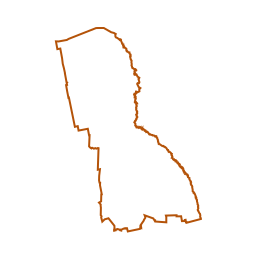 the district of La Capital, San Luis, Argentina, rotated 169°
{"feature_id": "61730980B37295099370503", "entity_name": "La Capital", "entity_type": "district", "adm_level": 2, "iso_a3": "ARG", "parent_name": "Argentina", "parent_adm1": "San Luis", "projection": "equal_earth", "projection_center": [-66.75, -33.952], "detail": "fine", "context": "isolated", "style": "outline", "palette": "amber", "viewbox_px": 256, "rotation_deg": 169, "n_neighbors": 0, "source": "geoboundaries", "source_scale": "gbopen_adm2", "svg_char_len": 5737}
<svg xmlns="http://www.w3.org/2000/svg" viewBox="0 0 256 256"><g transform="rotate(169 128 128)"><path d="M108.7,169.9L108.2,170.5L108.1,170.8L108.1,171.6L108.3,172.2L108.2,173.3L108.4,174.1L108.2,174.4L107.8,174.4L107.3,175.1L107.9,175.7L108.4,176.3L108.8,176.5L109.5,179.1L109.8,179.3L111.0,178.8L111.5,179.1L111.6,179.6L111.5,180.5L111.0,180.8L110.6,180.8L110.9,182.3L110.5,183.1L110.1,183.2L109.6,182.9L108.9,182.9L108.8,183.1L109.5,184.4L110.8,184.7L111.5,185.7L112.2,185.9L112.4,187.1L112.3,187.8L112.6,188.4L112.6,189.0L112.3,189.4L112.1,190.2L112.1,192.0L111.6,193.3L111.7,193.7L112.0,194.1L112.0,194.6L112.3,195.2L112.2,196.4L112.4,197.5L112.3,197.8L111.6,198.1L111.6,198.5L111.9,199.1L111.5,199.7L112.2,200.6L112.3,201.2L112.2,201.6L112.4,201.6L112.6,202.1L113.0,202.1L113.6,202.8L114.1,203.0L114.1,203.6L114.6,203.7L114.8,204.0L114.8,205.1L114.4,205.7L115.0,206.8L115.5,207.2L117.1,207.9L117.0,208.3L116.2,209.0L116.4,209.3L117.1,209.8L116.8,210.5L117.0,210.5L117.2,211.0L117.2,211.9L117.7,212.0L117.8,213.4L118.1,214.3L118.2,215.2L118.0,215.9L118.2,216.3L118.5,216.5L119.3,216.2L119.3,216.8L120.0,217.0L121.4,218.5L122.5,219.2L122.9,220.1L122.8,221.0L122.7,221.4L122.7,221.9L122.1,222.6L123.7,224.0L126.2,225.2L132.7,230.8L140.2,232.2L169.3,226.8L171.2,226.1L179.6,226.2L182.2,226.8L182.3,218.9L179.3,218.9L179.4,209.0L179.8,203.5L179.5,198.8L179.4,194.0L179.5,193.9L179.6,184.7L179.1,184.3L179.6,183.8L179.6,181.9L180.6,181.9L180.7,175.4L180.7,169.0L180.2,169.1L179.9,139.3L177.0,139.4L177.0,134.9L167.6,134.9L167.6,128.2L167.1,128.2L169.7,117.4L169.1,116.3L167.9,115.0L167.4,115.4L166.9,115.4L165.4,114.2L164.0,114.5L163.1,113.8L161.0,114.1L160.6,114.6L165.6,92.8L163.4,92.9L165.4,86.6L166.4,82.1L166.4,79.8L165.8,79.6L166.4,77.2L166.4,67.9L166.9,67.9L168.4,61.1L170.7,60.3L169.4,58.1L169.7,56.9L169.8,55.0L171.4,47.6L170.8,46.4L171.4,45.3L171.1,41.0L168.3,42.8L164.4,43.1L160.0,34.6L160.4,32.2L161.2,30.5L161.2,29.8L160.5,29.9L160.3,30.1L159.6,29.9L159.3,30.2L159.2,30.5L158.7,30.8L157.9,30.6L157.5,30.8L156.2,30.1L155.7,29.7L155.4,29.2L154.6,28.8L154.7,29.7L153.3,29.5L151.6,30.1L149.6,29.7L149.6,30.1L148.1,29.8L147.9,26.5L135.4,26.7L135.2,26.8L135.0,27.9L134.1,27.3L134.0,28.0L134.1,29.1L133.9,29.5L134.3,30.1L130.2,34.1L129.8,34.9L128.2,36.5L128.0,37.1L128.3,39.1L120.4,34.4L119.5,31.9L119.0,32.0L119.1,31.0L108.4,28.1L107.4,33.3L107.5,34.8L97.0,33.1L97.2,32.0L92.7,31.2L92.8,26.3L89.7,25.8L89.7,26.9L89.0,26.9L89.1,24.6L88.5,24.5L88.6,23.8L73.8,24.8L73.8,25.1L73.7,25.6L74.0,26.2L74.1,27.2L73.7,28.4L73.7,30.0L74.1,30.5L74.6,32.3L74.8,32.6L74.8,33.4L75.1,33.7L75.2,34.4L74.3,35.7L74.4,36.9L74.2,37.0L74.2,37.7L74.0,37.9L73.9,38.3L73.9,39.0L74.3,39.6L74.1,41.0L74.3,42.8L74.0,44.2L74.1,44.7L74.4,44.8L74.5,45.3L74.6,46.1L74.9,46.5L74.8,47.4L74.4,47.3L75.0,50.6L75.1,50.9L75.4,50.9L75.7,51.4L75.6,51.9L76.0,52.0L75.9,52.6L76.6,53.6L76.3,55.0L76.3,57.7L76.1,58.0L76.2,59.0L76.8,59.9L76.7,60.6L77.0,60.9L76.9,61.9L76.7,62.1L76.9,62.3L76.5,63.1L76.8,63.6L76.6,63.8L77.5,65.7L77.5,66.4L77.2,67.1L78.5,68.3L78.3,69.4L78.6,69.6L78.5,69.9L78.2,70.1L78.3,70.4L78.5,70.9L78.9,70.8L79.1,71.2L79.5,71.2L79.8,72.1L80.2,72.1L79.9,72.5L80.0,72.8L80.3,73.2L80.7,73.2L80.8,73.7L81.1,73.7L80.9,74.1L81.5,74.5L81.4,74.8L81.7,74.8L81.9,75.9L81.5,76.2L81.5,76.5L81.5,77.0L81.8,77.0L82.2,77.8L82.1,78.0L81.8,77.9L81.7,78.2L82.0,78.9L82.4,79.3L82.8,79.0L82.8,79.3L83.0,79.6L83.6,79.5L83.6,79.9L84.0,79.8L84.1,80.1L84.5,80.5L84.4,80.9L84.7,81.2L84.9,81.8L84.4,81.4L84.1,82.1L84.4,82.4L84.4,82.9L85.1,83.1L85.1,83.5L85.4,84.2L85.7,83.8L85.5,83.5L86.1,83.9L86.0,84.5L86.4,84.9L86.7,85.8L87.1,85.9L86.8,86.3L87.3,86.5L87.0,86.9L87.1,87.2L87.7,87.5L88.0,87.0L88.3,87.4L88.6,87.4L88.9,87.7L88.9,88.4L89.4,88.3L89.7,88.6L90.0,89.9L90.6,90.3L89.9,90.9L89.9,91.4L90.1,91.6L90.0,92.5L90.3,92.6L90.5,93.0L90.3,93.8L90.0,94.3L90.6,94.6L90.6,95.3L91.7,96.7L92.1,96.9L92.5,96.7L92.7,96.9L92.8,98.6L93.3,98.6L93.7,99.4L93.9,100.4L94.3,101.1L95.0,102.1L95.4,102.1L95.8,102.8L96.3,102.9L96.7,103.6L97.1,103.5L97.4,103.8L97.9,103.9L100.1,106.2L100.8,106.3L101.0,106.6L100.8,107.5L100.9,108.2L101.2,108.7L100.9,109.3L101.1,109.8L100.9,110.6L101.2,111.4L101.2,112.6L101.6,112.9L101.7,114.0L102.1,114.3L102.3,114.3L102.2,114.5L102.5,114.5L102.6,114.8L103.2,114.9L103.6,115.5L104.9,115.9L105.0,116.1L105.3,116.1L105.4,116.5L106.5,116.8L107.5,117.7L107.9,117.4L108.4,117.7L109.1,119.8L109.5,119.9L109.8,120.7L110.3,120.9L110.7,120.5L110.9,120.5L110.9,121.1L111.6,121.6L111.1,121.9L111.3,122.4L112.2,122.7L112.9,123.9L113.3,123.9L113.9,123.5L114.4,123.8L114.2,124.6L114.5,124.3L115.1,124.8L115.0,125.2L114.7,125.3L115.3,125.7L115.3,126.4L115.8,126.2L116.2,126.6L116.6,126.5L116.6,126.1L117.0,126.0L117.2,126.7L117.6,126.3L117.9,126.7L118.4,126.6L118.7,126.8L118.9,127.4L119.6,127.1L119.7,127.5L119.2,127.8L119.3,128.1L120.4,129.0L120.4,129.4L120.1,129.8L119.9,130.6L120.7,132.4L120.0,132.9L120.0,133.3L119.7,133.7L119.1,133.8L119.1,134.1L118.6,134.4L118.2,135.4L117.9,135.3L117.6,135.9L117.5,136.3L116.7,137.0L116.9,137.7L117.3,138.2L117.0,138.9L117.5,139.5L117.4,139.7L116.4,140.3L116.0,140.9L116.3,142.0L115.8,142.6L116.4,143.8L116.5,144.5L116.1,145.3L116.3,146.2L115.8,146.9L115.8,147.3L115.2,147.8L115.2,148.6L115.5,149.0L115.4,149.8L114.7,150.4L114.4,150.4L114.5,150.8L115.2,151.6L116.1,151.5L116.4,151.8L116.3,152.3L115.5,152.6L115.8,153.2L115.7,154.1L115.2,154.6L114.6,155.8L115.7,156.6L115.4,157.4L114.9,157.6L115.2,157.9L114.7,158.9L115.5,159.0L115.6,159.5L115.0,159.8L115.4,160.1L115.1,160.5L113.3,160.5L113.0,160.7L113.0,161.0L113.3,161.6L113.2,162.2L112.7,162.1L111.6,161.3L109.8,161.8L109.7,163.1L109.5,164.3L108.9,164.5L108.5,164.5L108.2,164.8L109.7,166.2L110.6,169.5L110.0,170.2L108.7,169.9Z" fill="none" stroke="#b45309" stroke-width="2"/></g></svg>